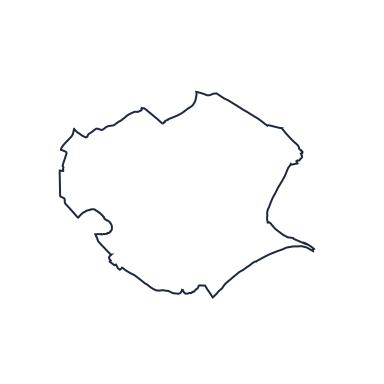 the district of Sulina, Tulcea, Romania, rotated 38°
{"feature_id": "2599482B90058353737957", "entity_name": "Sulina", "entity_type": "district", "adm_level": 2, "iso_a3": "ROU", "parent_name": "Romania", "parent_adm1": "Tulcea", "projection": "equal_earth", "projection_center": [29.526, 45.139], "detail": "fine", "context": "isolated", "style": "outline", "palette": "slate", "viewbox_px": 384, "rotation_deg": 38, "n_neighbors": 0, "source": "geoboundaries", "source_scale": "gbopen_adm2", "svg_char_len": 5855}
<svg xmlns="http://www.w3.org/2000/svg" viewBox="0 0 384 384"><g transform="rotate(38 192 192)"><path d="M154.8,289.7L155.2,289.7L158.4,290.1L158.9,290.3L166.4,291.3L166.8,291.3L167.0,291.1L166.9,291.7L166.8,291.8L166.7,292.4L166.7,293.9L167.0,294.7L168.0,295.6L170.2,296.1L170.1,296.5L169.9,297.2L170.0,297.5L170.3,297.5L174.9,297.5L175.6,297.4L176.2,297.2L176.8,296.0L180.5,297.7L183.0,297.7L183.2,297.1L183.2,296.6L183.5,295.8L183.4,294.7L183.9,294.6L188.7,294.5L193.3,293.9L196.1,293.3L198.4,292.9L206.6,292.9L211.2,293.0L211.8,292.9L213.8,292.5L215.4,292.6L217.6,292.6L220.1,292.4L221.1,292.3L224.3,291.6L227.4,289.5L229.1,287.6L232.1,285.9L234.5,284.5L239.4,283.4L241.6,282.0L244.2,280.3L244.7,279.5L245.0,278.7L244.9,277.1L244.7,275.8L244.4,275.2L245.5,274.9L246.6,275.8L248.1,276.1L248.9,276.2L249.6,276.0L250.4,275.3L251.3,274.5L251.8,273.9L252.0,273.2L253.2,272.4L253.8,271.7L253.8,270.4L254.6,269.9L255.0,269.0L254.9,268.1L255.1,267.3L255.0,266.7L255.3,266.2L255.3,265.6L255.8,264.4L255.6,263.4L255.1,262.4L255.1,261.8L255.4,260.9L258.3,259.0L259.4,258.0L259.8,257.7L261.9,258.5L264.3,259.4L268.0,260.5L273.3,262.3L273.8,258.8L274.1,256.6L274.0,255.1L274.3,252.5L275.0,249.6L274.7,245.1L275.0,242.4L275.2,241.6L277.3,231.4L278.7,225.5L280.3,221.7L281.4,217.9L282.9,213.3L283.3,211.2L284.4,208.1L285.5,207.1L285.8,205.8L288.7,199.2L291.4,193.5L294.7,187.7L299.0,180.9L300.6,177.7L305.3,172.5L308.7,169.9L311.4,167.4L313.8,166.3L316.4,165.1L318.7,164.8L323.8,164.0L322.9,162.8L323.2,161.8L319.7,161.7L315.6,162.1L313.4,162.5L312.3,162.8L312.9,163.2L301.2,166.3L299.8,166.1L295.4,168.7L291.2,169.5L290.0,169.7L280.3,169.8L275.5,168.9L273.4,168.3L271.3,168.5L271.5,168.1L270.9,168.6L270.8,169.3L270.4,169.5L269.7,168.6L268.7,168.0L267.8,167.1L266.9,165.9L266.0,164.4L263.9,162.0L262.7,159.6L262.0,156.6L260.6,152.1L259.3,147.5L258.4,142.0L257.2,136.2L256.1,127.1L255.2,121.7L253.0,114.1L252.9,110.9L252.6,109.0L253.7,109.1L257.5,104.5L256.9,104.2L255.7,103.7L255.2,103.3L255.2,103.2L255.8,102.1L256.0,101.9L257.0,101.4L257.1,101.2L257.1,100.6L257.1,100.2L257.2,98.5L257.3,97.7L257.3,97.2L257.3,96.8L256.9,96.2L256.5,95.9L255.7,95.6L255.5,95.2L255.0,95.0L254.8,95.0L254.4,94.8L254.6,94.6L254.8,93.4L254.6,93.3L254.8,93.2L254.7,92.8L254.5,92.5L254.2,92.3L253.5,92.1L253.3,92.1L252.9,92.2L252.6,92.0L251.9,91.9L251.3,92.1L250.8,92.1L249.7,91.9L249.4,91.6L249.0,91.1L248.8,91.0L248.1,90.7L247.6,90.4L246.0,89.9L245.4,89.9L241.8,89.7L238.1,89.3L233.4,88.6L229.2,87.8L226.7,87.2L223.9,86.6L223.6,86.5L223.6,86.3L221.7,87.5L215.9,90.1L211.4,92.1L211.0,92.4L210.8,92.7L210.6,92.9L210.6,93.3L207.8,93.4L203.3,93.4L199.6,93.5L185.3,95.1L181.1,95.7L174.8,96.3L163.9,97.5L159.6,98.5L151.8,99.1L150.5,99.3L148.8,100.9L148.2,101.6L146.5,104.6L146.1,105.0L145.5,105.6L144.9,106.1L143.9,106.6L141.4,107.3L137.6,108.7L135.6,109.6L133.8,110.5L134.3,110.9L135.1,111.8L136.3,113.6L137.9,116.8L138.3,117.9L138.6,118.5L138.8,119.6L139.1,122.0L139.1,123.2L139.0,123.9L138.9,124.5L138.5,125.9L137.9,127.3L137.8,127.8L137.5,128.3L137.4,128.9L135.9,134.6L135.2,136.8L133.4,140.7L132.1,143.1L129.0,148.4L128.4,149.5L128.5,149.7L128.6,149.9L128.6,150.0L128.2,150.5L127.3,152.1L127.1,152.6L127.1,153.2L127.1,153.5L127.5,153.7L127.5,153.8L127.1,154.0L127.3,154.4L127.0,155.7L126.2,156.3L119.4,155.8L103.8,155.4L102.5,155.6L101.3,156.6L101.0,156.7L101.4,157.0L101.6,157.4L101.5,157.7L101.2,157.9L101.7,158.5L101.7,158.9L101.5,159.6L100.1,162.0L99.7,162.4L98.3,163.4L97.4,164.2L96.7,165.4L95.5,167.6L94.4,169.9L93.9,171.7L93.4,173.3L93.4,173.8L93.3,174.6L93.0,175.5L92.0,179.5L90.9,181.9L89.3,187.5L88.7,188.3L86.3,190.7L85.0,192.4L84.3,193.7L83.7,196.4L83.2,198.0L82.6,198.7L80.7,199.6L79.5,199.9L78.2,200.5L77.5,201.1L76.0,206.8L75.4,208.5L74.9,209.9L74.9,210.9L75.0,211.8L75.4,212.6L75.5,213.0L75.1,213.7L74.8,214.0L74.7,214.4L72.5,214.9L70.9,215.2L67.0,215.3L66.1,215.5L65.2,215.6L63.1,215.4L61.6,215.1L60.2,214.9L60.2,215.0L61.5,217.5L62.5,219.8L62.6,220.4L62.8,221.9L62.8,222.9L61.9,231.9L61.8,234.1L62.0,237.9L62.2,238.3L62.5,238.9L62.7,239.5L63.1,239.4L63.3,239.2L63.9,239.0L67.5,238.0L68.1,238.0L68.7,238.2L69.3,238.7L69.5,239.1L72.9,248.6L73.9,250.9L74.0,251.2L75.5,251.7L76.4,253.7L76.6,253.9L77.1,254.0L77.5,254.6L77.5,254.8L76.3,255.6L74.6,256.5L76.2,258.7L78.0,260.9L90.6,276.4L91.2,276.5L95.1,275.7L95.4,275.7L96.1,276.1L97.9,278.2L98.6,278.8L99.2,279.1L101.0,279.5L104.1,279.9L107.8,280.6L111.2,281.2L113.7,281.7L114.9,281.9L116.8,282.3L117.5,282.4L117.8,282.3L118.1,282.2L118.0,281.8L118.2,281.4L118.2,281.0L118.1,280.7L118.3,278.8L118.3,278.6L118.3,278.4L118.4,278.2L118.4,277.8L118.5,277.5L118.7,276.6L118.8,276.2L118.9,275.2L119.1,274.9L119.4,274.3L119.5,274.1L119.6,273.8L119.7,273.7L119.8,273.5L120.0,272.9L120.0,272.6L120.1,272.4L120.3,272.3L120.3,272.1L120.5,271.6L121.3,270.5L121.4,270.3L121.5,270.3L121.9,269.9L122.2,269.3L122.4,269.2L122.8,268.6L123.0,267.9L123.3,267.8L123.8,267.2L124.2,266.9L124.5,266.6L124.8,266.4L125.2,266.1L126.1,265.7L126.7,265.8L127.0,265.6L127.3,265.7L127.8,265.7L128.6,265.4L129.1,265.4L129.4,265.4L129.6,265.4L129.8,265.5L130.0,265.5L130.6,265.2L130.8,265.3L130.8,265.5L132.3,265.3L133.4,265.4L134.0,265.5L134.2,265.4L134.4,265.6L135.3,265.6L136.9,265.8L137.0,266.0L137.3,265.9L137.8,266.0L138.2,266.1L138.8,266.6L139.8,267.0L140.4,267.0L140.6,266.9L141.1,266.8L141.9,266.9L142.1,266.9L142.3,266.6L143.5,266.4L145.5,266.3L146.0,266.5L146.3,266.7L147.0,266.7L147.4,266.9L149.5,267.9L150.5,269.0L150.8,269.4L151.6,270.4L152.0,271.3L152.1,272.9L151.9,273.1L152.2,273.4L151.9,274.9L151.7,275.0L151.6,275.6L151.2,275.9L150.9,276.1L151.0,276.8L150.6,277.3L150.4,277.3L150.2,277.5L149.5,278.7L148.4,279.3L147.8,280.0L147.2,280.9L146.2,281.1L145.6,281.8L144.2,282.8L141.9,284.8L143.1,285.6L143.6,285.7L143.9,286.0L144.3,286.1L146.2,287.2L147.8,288.2L148.8,288.7L154.8,289.7Z" fill="none" stroke="#1e293b" stroke-width="2"/></g></svg>